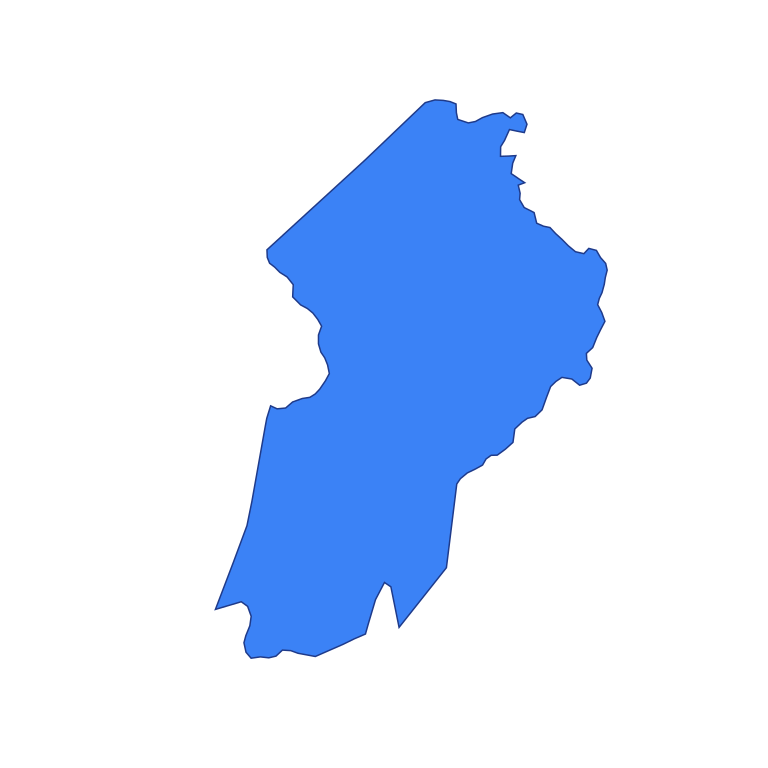 outline of Pojuca, Bahia, Brazil, rotated 326°
{"feature_id": "56859067B76883153618949", "entity_name": "Pojuca", "entity_type": "district", "adm_level": 2, "iso_a3": "BRA", "parent_name": "Brazil", "parent_adm1": "Bahia", "projection": "orthographic", "projection_center": [-38.236, -12.36], "detail": "fine", "context": "isolated", "style": "filled", "palette": "blue", "viewbox_px": 768, "rotation_deg": 326, "n_neighbors": 0, "source": "geoboundaries", "source_scale": "gbopen_adm2", "svg_char_len": 1887}
<svg xmlns="http://www.w3.org/2000/svg" viewBox="0 0 768 768"><g transform="rotate(326 384 384)"><path d="M362.0,207.3L358.0,213.8L356.7,219.9L358.7,225.9L360.1,233.3L363.5,241.0L364.3,250.9L357.0,260.7L359.1,271.8L362.7,278.6L364.7,285.4L365.2,293.4L364.6,301.2L357.1,306.7L352.1,314.1L349.5,322.3L349.5,329.2L347.9,336.6L344.5,344.8L337.2,348.6L327.9,352.3L321.4,353.8L315.1,353.6L308.1,350.3L298.2,347.8L289.0,348.9L281.5,344.8L277.8,338.7L267.6,346.9L261.7,352.9L208.7,407.6L191.2,424.8L159.4,447.6L118.2,476.6L143.9,484.7L146.6,492.1L144.0,502.3L137.6,509.4L128.7,515.4L123.2,520.2L119.6,529.2L120.5,537.0L128.9,541.1L135.4,546.6L142.3,549.2L151.0,547.8L157.6,552.9L162.1,559.1L168.5,565.4L174.7,571.5L205.0,577.0L216.6,578.6L228.8,580.9L236.7,574.2L256.4,558.0L273.4,548.8L276.3,556.0L260.4,594.2L333.0,571.2L388.4,507.6L394.4,505.2L403.3,504.3L412.4,505.6L420.4,506.3L426.7,503.2L432.9,503.0L438.1,506.3L448.2,505.9L458.3,504.5L467.3,494.4L477.2,492.8L483.8,492.7L491.1,495.5L500.6,493.8L511.2,486.0L520.7,479.3L528.0,478.0L535.2,478.0L542.5,484.9L545.5,494.4L552.3,496.5L558.3,494.4L565.3,487.3L565.5,477.6L568.9,471.8L577.4,470.5L586.4,464.4L593.9,460.1L602.2,455.6L604.5,446.5L605.5,437.7L610.4,433.4L615.8,430.2L622.4,424.5L627.0,419.5L632.7,414.4L635.2,408.0L634.2,400.2L634.8,392.0L629.6,386.1L622.6,387.7L616.7,381.4L614.0,372.2L612.5,364.0L610.4,355.3L609.1,347.1L604.5,342.4L600.5,336.1L604.3,325.8L598.9,316.1L599.5,307.0L603.5,302.0L606.5,294.2L613.2,295.8L610.8,290.0L607.1,280.7L614.2,272.9L621.0,268.4L614.4,264.5L607.9,260.4L613.4,252.5L620.1,249.5L630.3,243.2L635.5,248.6L640.9,254.0L647.8,248.6L649.8,238.2L645.2,233.3L637.6,234.0L634.3,225.5L625.0,220.9L614.5,218.2L606.6,217.5L599.9,214.7L593.1,205.9L595.7,199.6L600.3,192.1L596.6,186.7L591.7,182.0L585.1,177.0L575.5,173.8L493.7,187.7L362.0,207.3Z" fill="#3b82f6" stroke="#1e3a8a" stroke-width="1.5"/></g></svg>